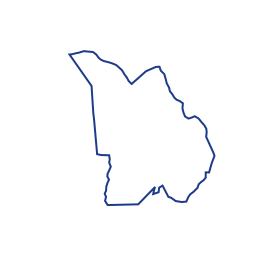 outline of Siriri, Sergipe, Brazil, rotated 323°
{"feature_id": "56859067B39899980118162", "entity_name": "Siriri", "entity_type": "district", "adm_level": 2, "iso_a3": "BRA", "parent_name": "Brazil", "parent_adm1": "Sergipe", "projection": "natural_earth1", "projection_center": [-37.12, -10.561], "detail": "fine", "context": "isolated", "style": "outline", "palette": "blue", "viewbox_px": 256, "rotation_deg": 323, "n_neighbors": 0, "source": "geoboundaries", "source_scale": "gbopen_adm2", "svg_char_len": 1226}
<svg xmlns="http://www.w3.org/2000/svg" viewBox="0 0 256 256"><g transform="rotate(323 128 128)"><path d="M125.5,34.1L124.2,72.5L109.2,95.3L105.7,101.3L87.6,130.3L90.2,133.4L96.5,138.4L94.6,142.0L92.1,144.4L91.0,148.5L87.2,150.7L84.4,152.1L82.4,154.1L81.7,157.9L78.9,159.3L75.7,161.5L72.6,165.0L69.9,166.4L69.0,169.8L65.8,172.4L65.4,177.3L90.2,195.1L114.1,191.4L110.9,193.7L108.4,195.9L113.8,197.7L117.0,194.4L120.9,194.8L118.8,207.3L120.5,209.7L122.1,215.0L126.3,219.4L130.3,221.9L134.3,219.6L137.6,218.4L141.8,218.4L147.5,217.6L150.6,215.5L154.1,215.1L156.9,215.2L160.2,214.4L163.4,210.2L166.0,212.3L173.5,206.6L180.3,202.3L181.3,199.3L185.1,182.1L188.3,178.7L190.1,175.7L190.6,171.6L190.2,167.2L190.1,163.0L188.4,158.8L185.5,158.1L182.0,156.9L180.5,153.1L181.6,149.1L183.3,145.1L186.7,141.3L185.4,137.3L183.8,134.7L183.3,131.4L183.7,127.7L183.6,123.8L185.1,120.5L185.8,115.7L187.7,111.3L189.4,106.8L188.7,102.0L190.0,98.0L187.0,96.0L176.6,93.5L157.4,95.0L156.8,90.9L157.4,87.3L157.5,82.6L158.0,78.4L157.2,74.1L156.4,70.5L154.5,67.2L152.1,63.8L149.3,60.4L147.5,57.3L146.8,54.2L146.9,50.4L145.8,46.3L142.2,43.0L138.9,40.0L134.4,38.4L130.8,36.7L127.9,35.5L125.5,34.1Z" fill="none" stroke="#1e3a8a" stroke-width="2"/></g></svg>